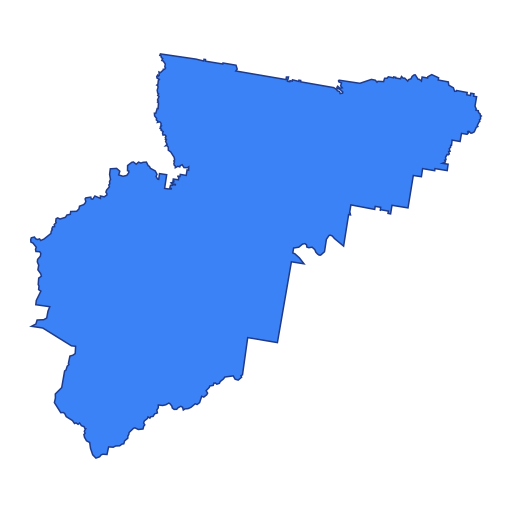 the district of Muswellbrook, New South Wales, Australia
{"feature_id": "25037944B88537048948574", "entity_name": "Muswellbrook", "entity_type": "district", "adm_level": 2, "iso_a3": "AUS", "parent_name": "Australia", "parent_adm1": "New South Wales", "projection": "orthographic", "projection_center": [150.528, -32.488], "detail": "fine", "context": "isolated", "style": "filled", "palette": "blue", "viewbox_px": 512, "rotation_deg": 0, "n_neighbors": 0, "source": "geoboundaries", "source_scale": "gbopen_adm2", "svg_char_len": 5912}
<svg xmlns="http://www.w3.org/2000/svg" viewBox="0 0 512 512"><path d="M95.9,458.1L99.6,456.8L101.2,454.8L102.9,454.2L107.0,454.5L108.6,446.9L113.3,447.2L115.6,446.0L119.7,445.8L122.0,444.1L123.8,443.8L124.6,440.9L127.8,438.2L127.9,435.9L128.8,434.5L129.1,432.5L133.4,428.4L134.9,427.8L138.3,429.5L143.0,429.0L143.7,426.2L144.8,424.9L143.6,423.0L144.3,421.0L147.4,418.5L148.0,416.9L149.9,418.1L150.7,416.8L153.1,416.4L154.6,413.9L157.4,412.9L156.8,410.0L158.3,407.8L158.3,405.0L162.6,405.5L165.8,404.8L168.7,403.1L169.8,403.5L171.8,406.0L172.3,408.0L174.1,409.4L176.7,409.3L178.1,407.7L180.8,406.3L182.6,407.3L183.3,410.0L184.9,408.9L188.1,408.6L191.0,407.3L195.2,403.8L197.1,404.5L199.6,402.6L201.7,396.3L203.8,397.1L206.7,394.8L207.6,393.1L206.1,390.7L209.3,387.4L209.7,386.0L213.2,385.4L213.9,383.1L215.6,383.1L216.8,384.2L219.4,383.3L220.2,381.6L223.4,379.0L224.9,377.0L233.2,375.9L235.1,379.2L238.2,380.1L241.6,377.2L241.0,375.7L242.5,374.8L247.7,337.6L277.4,342.6L291.4,261.8L304.0,263.8L299.4,257.9L294.9,253.8L292.8,252.9L293.6,248.0L298.8,247.2L302.5,244.1L305.0,243.6L306.5,244.8L306.9,247.1L308.8,247.7L312.1,247.2L314.8,249.6L315.8,252.1L317.5,254.0L319.1,255.1L320.7,255.1L324.5,251.7L326.4,239.3L329.0,235.5L330.1,235.1L332.3,236.0L334.4,238.5L343.6,246.1L348.6,214.6L350.5,214.9L350.1,213.0L349.6,212.9L350.9,204.9L374.7,209.4L375.2,206.4L380.7,207.3L380.2,210.9L380.6,209.7L388.4,211.1L388.0,213.4L390.6,213.9L392.0,205.3L408.0,207.9L413.3,175.5L421.4,176.7L422.6,168.6L434.7,170.7L435.0,168.6L447.2,170.6L448.1,164.2L442.3,163.3L445.1,162.2L445.4,161.3L444.7,160.2L446.0,159.7L445.5,157.3L447.2,154.4L448.2,154.8L449.3,153.9L448.6,151.5L450.0,151.3L449.2,148.7L450.6,147.3L450.7,145.4L451.5,145.3L452.1,140.1L460.1,141.5L461.5,133.4L467.1,134.3L468.4,132.9L467.6,131.9L468.1,131.3L469.2,131.5L470.9,133.2L472.2,133.0L474.3,131.8L476.3,127.3L477.9,126.5L477.3,125.4L479.0,122.0L479.8,121.5L479.5,119.7L480.6,118.9L480.5,116.6L481.3,116.0L480.2,115.1L480.1,113.8L478.6,112.6L478.3,110.7L475.9,110.1L476.2,108.9L475.0,106.1L476.6,96.7L473.6,96.2L474.0,93.8L470.8,93.2L470.3,95.5L466.8,94.8L467.2,92.5L456.6,90.5L456.4,91.2L454.6,91.3L453.4,87.8L448.8,85.2L448.3,81.9L438.2,80.0L438.6,77.8L431.7,74.6L427.8,76.8L427.6,78.0L422.1,77.0L421.4,81.1L419.5,79.4L418.0,79.2L415.3,74.9L414.1,74.9L412.1,76.4L411.0,78.8L408.6,79.6L407.7,81.1L404.7,78.1L403.3,78.3L401.5,76.5L400.5,78.8L395.6,78.0L395.7,77.3L393.7,76.9L393.5,77.8L388.3,76.8L387.2,78.2L384.6,78.3L383.6,81.6L377.9,81.3L377.0,82.2L375.3,80.2L371.4,79.4L359.9,83.3L339.1,80.2L338.5,80.8L338.9,81.9L341.5,83.0L340.6,85.8L342.2,87.8L339.8,88.2L337.7,86.2L336.9,87.5L337.2,88.6L339.7,89.1L342.8,92.0L342.6,93.1L340.2,93.6L339.5,91.5L337.4,90.8L336.5,89.4L333.7,87.6L300.5,81.8L300.7,80.5L298.9,80.2L298.7,81.4L292.5,79.8L292.3,81.1L290.0,80.7L289.8,81.7L287.5,81.3L288.5,77.0L286.4,77.0L286.1,78.8L286.7,79.7L235.8,71.0L237.2,69.1L236.0,65.2L223.0,63.0L222.8,64.0L205.6,61.2L205.5,59.5L204.0,59.3L203.7,61.0L196.0,59.1L160.4,53.9L159.8,55.4L161.2,56.0L161.3,57.6L162.7,58.4L161.8,60.5L163.1,60.9L165.3,64.0L164.8,66.9L165.6,67.9L164.6,69.3L163.3,69.3L163.2,70.1L160.3,72.7L159.0,72.0L159.2,75.3L158.4,76.0L157.7,75.1L156.7,76.6L157.1,78.2L159.3,79.4L158.3,80.6L157.9,84.2L156.8,85.1L157.7,85.6L158.1,87.1L157.2,90.2L157.7,93.1L158.6,93.9L157.7,95.4L159.0,96.6L157.5,100.0L158.3,101.1L157.5,102.1L158.5,103.0L158.1,108.6L157.2,108.5L155.8,113.2L154.4,113.2L154.6,115.9L156.6,118.4L156.3,119.9L157.8,121.1L157.4,122.4L159.8,121.8L161.1,123.4L160.9,125.5L161.5,125.9L160.3,127.0L160.6,127.8L160.1,128.5L161.5,129.3L161.1,130.3L163.2,131.6L162.5,133.1L163.0,135.1L164.8,134.8L166.1,136.2L165.3,137.6L165.8,138.4L165.4,139.4L166.4,139.8L165.6,141.4L167.1,144.3L165.6,145.8L167.0,145.6L168.3,147.2L168.3,150.2L170.7,151.9L174.2,157.4L174.6,159.9L173.8,161.0L174.5,161.9L173.9,163.4L174.2,165.1L175.3,166.1L175.3,167.7L177.8,166.3L179.8,166.9L180.2,165.7L182.1,164.7L184.0,167.6L187.4,167.7L188.7,166.8L188.6,170.2L187.1,169.9L186.2,175.4L180.3,174.4L180.0,176.5L178.0,176.1L177.9,176.6L178.9,176.8L178.4,179.8L173.3,179.0L173.0,180.9L173.9,181.0L173.7,182.1L171.0,182.8L171.8,183.8L175.4,184.4L175.3,184.9L173.3,184.6L172.4,185.4L170.5,185.3L169.8,188.1L171.3,188.5L171.2,189.0L168.0,188.9L164.6,188.4L166.7,174.7L159.5,173.6L158.7,179.4L157.7,179.2L156.1,176.5L157.0,174.3L155.2,170.9L150.4,168.3L149.4,166.4L148.2,165.7L146.4,162.1L143.1,162.3L140.9,163.1L138.6,162.1L136.2,164.2L133.4,162.0L131.8,162.3L127.6,165.5L127.5,170.7L128.8,171.0L128.8,172.6L126.8,175.4L123.0,176.3L118.7,174.9L119.8,171.2L116.6,168.4L110.3,168.8L109.6,174.3L110.5,179.5L109.5,181.5L109.8,183.8L108.8,185.0L109.4,186.8L106.6,190.1L105.9,192.2L106.9,193.6L106.9,195.0L104.2,196.8L100.4,196.0L100.4,198.4L94.9,196.0L92.7,199.2L91.2,198.9L90.8,197.1L85.8,197.9L85.1,198.9L85.8,201.5L85.1,203.1L83.7,204.6L79.5,206.2L79.0,208.9L76.6,211.3L70.7,211.5L70.3,214.3L66.9,215.0L65.5,217.3L60.0,219.0L57.7,217.9L56.1,218.7L55.7,221.6L56.2,222.6L54.2,224.5L54.6,226.6L52.6,226.9L51.8,229.1L52.3,229.7L51.2,231.3L50.9,233.5L43.9,239.1L40.7,240.5L39.6,238.9L37.4,239.5L35.7,238.8L34.4,237.0L31.3,237.8L30.7,239.7L30.9,242.1L33.0,243.1L36.3,247.3L35.5,249.2L35.9,251.5L39.7,251.7L40.8,253.4L40.4,256.2L37.6,259.4L37.3,261.9L38.7,265.2L37.9,269.8L40.7,273.7L41.4,276.2L38.7,278.1L38.2,284.6L39.0,286.1L38.6,289.6L40.9,291.1L36.3,300.4L35.8,304.7L49.8,306.7L48.0,311.1L46.7,318.0L43.7,319.7L37.1,320.0L35.9,324.0L31.5,326.3L42.7,328.0L71.4,345.8L75.6,346.3L75.2,353.6L72.7,355.3L69.9,356.1L68.4,363.5L68.9,364.6L67.2,366.2L66.0,370.0L64.6,371.0L61.7,387.6L55.3,394.0L55.4,398.1L54.4,402.6L60.8,412.7L63.3,412.5L64.7,413.5L66.2,416.6L72.5,420.6L74.5,423.5L76.0,422.9L78.1,424.3L79.6,423.0L81.4,425.7L84.0,426.6L84.9,428.6L85.7,428.7L84.3,431.3L85.1,433.2L83.9,434.5L84.5,437.3L86.5,440.8L89.7,442.5L90.5,448.3L92.7,454.8L95.9,458.1Z" fill="#3b82f6" stroke="#1e3a8a" stroke-width="1.5"/></svg>